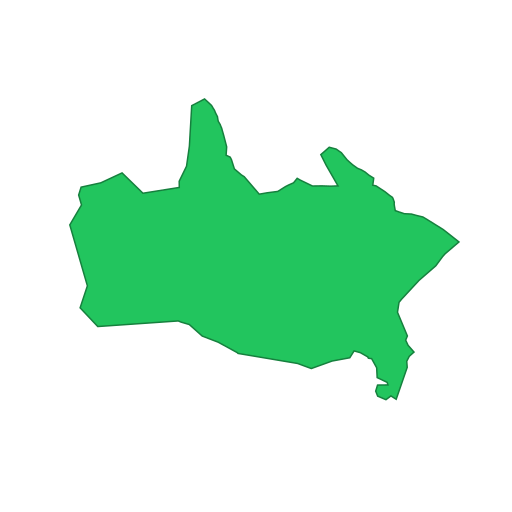 Kaga, Borno, Nigeria (Robinson projection), rotated 115°
{"feature_id": "59680162B15311652495769", "entity_name": "Kaga", "entity_type": "district", "adm_level": 2, "iso_a3": "NGA", "parent_name": "Nigeria", "parent_adm1": "Borno", "projection": "robinson", "projection_center": [12.335, 11.599], "detail": "fine", "context": "isolated", "style": "filled", "palette": "green", "viewbox_px": 512, "rotation_deg": 115, "n_neighbors": 0, "source": "geoboundaries", "source_scale": "gbopen_adm2", "svg_char_len": 2044}
<svg xmlns="http://www.w3.org/2000/svg" viewBox="0 0 512 512"><g transform="rotate(115 256 256)"><path d="M386.8,369.6L347.7,299.0L347.6,296.1L346.3,287.5L351.3,270.9L350.1,253.9L351.5,232.2L351.9,231.1L335.8,172.8L335.3,166.5L334.6,158.3L319.0,142.6L308.6,128.0L300.6,127.0L299.5,120.6L300.2,111.9L300.8,111.5L301.1,110.9L300.6,109.0L300.1,107.9L306.3,99.4L315.0,94.8L315.1,83.7L317.1,81.9L321.6,91.3L327.9,90.4L331.6,86.5L331.3,77.5L325.8,74.6L326.6,68.4L293.0,71.9L287.7,74.9L282.1,74.7L276.3,72.2L272.7,80.4L269.0,84.8L264.5,85.0L247.2,104.0L237.5,106.8L233.3,105.7L209.1,97.9L188.9,88.9L177.6,86.6L174.0,85.5L157.5,78.0L152.9,97.5L150.7,115.6L150.1,121.2L151.4,127.6L152.3,132.9L155.0,139.5L155.1,140.0L155.1,140.3L155.1,140.6L155.5,144.1L155.6,144.3L155.7,145.9L155.9,147.9L155.9,148.1L156.0,148.1L156.0,148.3L156.0,148.5L156.0,148.8L156.0,149.0L152.0,151.8L150.4,152.8L148.8,153.4L146.6,155.5L145.2,157.1L144.6,160.6L143.2,166.4L141.7,176.8L142.5,180.1L139.2,181.1L135.7,182.2L135.0,187.9L133.8,192.6L133.4,196.9L133.6,201.1L132.5,206.9L131.8,209.4L131.3,211.1L130.4,213.9L130.4,214.0L126.3,222.3L125.7,225.8L125.2,228.5L126.5,235.6L133.8,238.8L134.7,239.2L136.7,240.1L144.0,230.9L157.8,211.3L161.1,217.7L164.6,225.9L168.7,234.4L168.5,248.0L168.2,251.5L173.8,252.9L177.8,256.4L180.6,258.6L188.2,263.5L188.3,263.6L194.0,272.6L198.6,279.2L189.1,300.2L188.7,303.4L186.2,312.4L179.0,319.0L177.3,321.2L177.3,321.3L177.3,325.7L173.1,327.3L169.5,328.7L165.6,331.9L160.4,336.2L155.9,340.1L154.7,341.1L153.1,342.9L153.0,343.0L152.0,344.0L151.4,344.9L149.9,347.1L148.6,348.1L145.9,349.9L145.6,350.4L145.4,350.6L143.7,352.8L143.6,353.0L143.4,353.1L143.3,353.3L143.2,353.4L141.5,355.2L140.8,356.3L140.7,356.4L140.7,356.5L140.5,356.8L140.4,356.9L140.4,357.0L139.5,358.2L138.3,360.0L135.4,369.0L146.9,377.8L184.6,362.8L204.0,356.9L220.7,357.2L226.3,354.5L246.9,385.0L237.3,412.5L255.3,427.6L267.5,443.6L275.7,442.5L283.5,435.7L286.6,436.0L306.5,437.9L354.3,396.2L377.3,393.5L386.8,369.6Z" fill="#22c55e" stroke="#15803d" stroke-width="1.5"/></g></svg>